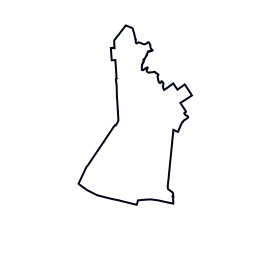 the district of Malu, Giurgiu, Romania, rotated 58°
{"feature_id": "2599482B97919449751722", "entity_name": "Malu", "entity_type": "district", "adm_level": 2, "iso_a3": "ROU", "parent_name": "Romania", "parent_adm1": "Giurgiu", "projection": "natural_earth1", "projection_center": [25.787, 43.81], "detail": "fine", "context": "isolated", "style": "outline", "palette": "ink", "viewbox_px": 256, "rotation_deg": 58, "n_neighbors": 0, "source": "geoboundaries", "source_scale": "gbopen_adm2", "svg_char_len": 4804}
<svg xmlns="http://www.w3.org/2000/svg" viewBox="0 0 256 256"><g transform="rotate(58 128 128)"><path d="M149.1,199.5L150.1,199.2L155.8,196.9L159.4,195.4L168.5,189.9L175.3,183.5L180.0,178.9L184.2,174.4L186.9,171.9L197.7,161.3L194.7,157.9L196.8,153.5L197.8,151.8L198.0,151.2L200.5,146.7L205.5,140.6L212.8,133.2L216.1,129.7L213.2,127.9L212.5,127.7L210.9,126.4L210.5,126.3L209.9,126.6L209.7,126.5L209.6,126.4L209.6,126.1L209.4,126.0L209.5,125.8L209.4,125.8L208.8,125.3L208.3,124.9L207.7,124.6L207.1,124.3L206.7,124.3L206.4,124.3L206.0,124.5L204.7,124.9L201.8,126.2L201.5,126.2L201.3,126.3L201.1,126.3L200.5,126.2L200.0,126.0L199.5,125.8L198.5,125.2L197.2,124.2L191.9,120.0L190.3,118.8L177.7,109.1L174.4,106.5L170.5,103.5L165.1,99.3L164.3,98.7L164.0,98.5L162.6,97.4L161.9,97.0L159.9,95.3L153.6,90.5L157.8,87.7L157.5,87.2L155.6,84.5L154.6,83.1L153.4,81.4L153.1,81.0L152.8,80.5L152.3,79.8L152.1,79.4L152.0,79.2L151.9,78.9L151.9,77.9L151.3,77.3L151.3,77.1L151.2,76.6L151.3,76.3L151.3,76.1L151.1,75.3L151.1,75.2L151.3,74.5L151.3,74.1L151.2,73.6L151.1,72.9L151.0,71.9L150.9,71.7L150.9,71.4L150.5,71.2L150.2,71.1L149.9,71.1L148.7,71.5L148.0,72.2L147.8,72.4L147.1,72.4L145.4,72.5L145.2,72.4L145.1,70.2L144.9,70.1L144.6,70.1L139.6,70.2L134.5,70.3L134.5,66.1L134.4,61.1L134.3,56.5L123.1,56.7L122.8,56.8L122.6,56.8L121.1,56.9L121.4,60.6L121.7,65.7L114.8,66.0L114.2,66.0L114.7,72.6L114.7,72.8L114.9,77.2L113.4,77.0L113.1,77.0L112.3,76.7L111.6,76.5L110.9,76.1L110.4,75.9L110.3,75.7L110.2,75.4L110.1,75.2L109.0,74.3L108.8,74.2L108.5,74.2L107.9,74.2L107.3,74.3L106.7,74.4L106.4,74.5L106.2,74.6L106.1,74.9L106.2,75.0L106.3,75.3L106.8,75.9L107.0,76.2L107.0,76.4L107.0,76.6L106.9,76.8L106.8,77.0L106.4,77.3L105.8,77.4L105.6,77.5L104.9,77.4L104.0,77.2L103.8,77.0L102.6,76.7L101.3,76.0L100.8,75.9L100.4,75.8L99.9,75.6L99.6,75.3L99.5,75.0L99.4,74.4L99.3,74.2L99.2,74.1L98.9,74.0L98.6,74.0L97.8,74.2L97.5,74.3L97.0,74.7L96.7,74.8L96.6,75.1L96.1,75.3L95.9,75.3L95.5,75.2L95.2,75.2L95.1,75.3L94.9,75.4L94.5,75.7L94.2,76.1L94.0,76.5L93.9,77.1L93.8,77.4L93.7,77.7L93.3,78.3L93.2,78.6L92.8,79.3L92.4,80.6L92.2,80.9L92.0,81.2L91.7,81.4L90.8,81.8L90.6,81.9L90.3,81.9L89.8,81.9L89.5,81.9L89.1,81.8L88.8,81.6L88.7,81.5L88.2,80.6L88.0,80.3L87.6,79.6L87.4,79.4L87.2,79.3L86.9,79.4L86.8,79.5L86.7,79.7L86.7,79.9L86.7,80.7L86.7,81.2L86.7,81.6L86.7,82.1L86.7,82.8L86.8,83.3L86.9,83.9L86.9,84.6L86.8,84.8L86.7,85.1L86.2,85.5L85.0,84.8L83.7,84.0L83.2,83.6L82.7,83.1L82.1,82.7L81.5,82.3L81.4,82.1L81.2,81.8L81.1,81.7L81.2,81.4L81.0,81.1L80.9,81.0L80.9,80.7L80.6,80.6L80.7,80.4L80.5,80.1L80.3,80.0L80.2,79.9L80.1,79.6L79.9,79.6L79.8,79.4L79.6,79.1L79.5,79.4L79.4,79.4L79.2,79.4L79.1,79.2L78.8,78.9L78.7,78.9L78.4,78.8L78.4,78.7L78.1,78.3L78.0,78.2L78.1,77.9L78.2,77.7L78.0,77.2L77.9,77.0L77.9,76.6L77.8,76.3L77.5,76.0L77.2,75.4L76.9,74.9L76.8,74.5L76.6,74.4L76.5,74.1L76.2,74.0L76.2,73.7L76.2,73.4L75.8,73.0L75.6,73.0L75.4,72.8L75.2,72.7L75.1,72.3L74.9,72.2L74.8,71.9L74.7,71.6L74.4,71.3L74.1,71.1L74.0,70.8L73.9,70.6L73.9,70.3L73.8,70.2L74.1,70.0L74.3,69.7L74.2,69.5L74.2,69.4L74.5,69.4L74.5,69.2L74.7,68.9L74.6,68.5L74.7,68.3L74.6,68.2L74.8,67.9L74.8,67.7L74.7,67.6L74.8,67.5L74.8,67.3L74.9,67.2L75.2,67.0L75.2,66.9L75.3,66.6L75.2,66.4L75.0,66.0L75.0,65.9L74.6,66.0L73.2,66.4L72.9,66.4L72.5,66.4L71.9,66.3L70.8,65.9L69.7,65.2L69.0,65.1L68.6,65.1L68.4,65.0L67.0,64.9L66.6,65.0L66.2,65.2L66.0,65.3L65.9,65.4L66.0,65.9L66.1,67.1L66.1,67.5L66.0,68.3L66.1,68.7L66.0,69.0L65.9,69.3L65.4,70.1L64.9,70.6L64.6,70.9L63.8,71.4L63.4,71.7L62.3,72.4L61.6,73.0L61.2,73.5L61.0,73.8L61.0,74.1L60.9,74.1L61.0,74.8L61.0,75.3L60.9,75.7L60.8,75.8L60.4,76.1L60.2,76.1L59.6,76.0L59.4,76.0L58.1,75.2L57.7,74.9L57.5,74.7L57.4,74.8L57.2,74.8L56.6,74.7L56.1,74.5L55.7,74.2L55.3,74.0L54.9,73.9L54.3,73.8L53.9,73.7L53.1,73.4L51.4,72.8L50.6,72.5L50.0,72.3L48.8,72.1L48.4,72.1L47.1,71.5L46.7,71.4L46.3,71.4L45.7,71.4L44.8,71.8L44.7,71.8L44.7,72.0L44.2,72.3L43.6,72.8L42.1,73.8L41.7,74.2L41.0,74.7L40.4,75.2L40.1,75.3L39.9,75.4L40.1,76.5L40.3,76.6L43.4,85.0L44.1,86.8L44.2,87.4L46.4,93.2L46.6,93.5L46.9,93.7L48.7,94.7L53.2,97.1L52.9,97.5L52.6,98.0L52.4,97.8L51.0,100.1L61.9,105.9L63.7,102.7L66.2,104.1L67.4,104.7L75.3,108.9L79.2,111.1L79.7,111.3L79.8,111.3L79.6,111.7L79.6,111.8L79.7,112.0L79.8,112.1L80.5,112.5L83.6,114.1L84.1,114.3L84.4,114.3L84.6,114.4L87.4,115.9L88.0,116.3L89.5,117.2L95.3,120.6L96.6,121.3L97.9,122.0L100.3,123.3L100.7,123.5L101.3,123.8L101.7,124.0L102.7,124.6L103.5,125.0L103.8,125.2L107.1,127.0L108.9,127.9L111.5,129.4L112.3,129.8L113.7,130.6L116.0,131.8L116.2,132.0L116.6,132.4L117.3,133.0L118.2,134.8L119.4,137.1L118.7,137.8L119.0,138.5L119.8,140.4L121.2,143.3L123.5,148.5L125.0,151.9L126.6,155.3L127.5,157.3L128.8,160.3L135.8,176.0L138.4,181.8L138.8,182.9L138.9,183.3L138.9,183.7L149.1,199.5Z" fill="none" stroke="#020617" stroke-width="2"/></g></svg>